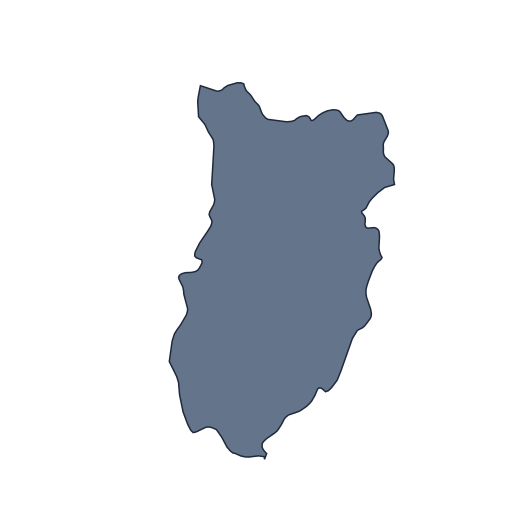 the County of Kilkenny, rotated 29°
{"feature_id": "IRL-722", "entity_name": "Kilkenny", "entity_type": "County", "adm_level": 1, "iso_a3": "IRL", "parent_name": "Ireland", "parent_adm1": "", "projection": "mercator", "projection_center": [-7.22, 52.568], "detail": "fine", "context": "isolated", "style": "filled", "palette": "slate", "viewbox_px": 512, "rotation_deg": 29, "n_neighbors": 0, "source": "natural_earth", "source_scale": "10m", "svg_char_len": 2857}
<svg xmlns="http://www.w3.org/2000/svg" viewBox="0 0 512 512"><g transform="rotate(29 256 256)"><path d="M361.1,423.6L362.0,429.7L360.5,427.5L355.1,429.6L347.2,435.3L343.9,437.0L339.9,438.2L333.2,438.8L331.2,439.5L327.9,438.9L323.3,437.2L313.9,431.1L305.5,427.0L301.0,427.4L298.3,428.1L296.2,429.3L294.9,430.5L289.3,438.4L288.1,439.7L286.6,440.9L283.4,440.0L278.1,436.5L267.8,427.7L256.4,414.4L249.5,404.1L245.0,399.8L231.3,390.3L223.9,371.0L222.4,363.5L222.7,358.6L223.4,352.8L223.7,341.5L222.9,337.9L221.8,335.3L211.5,324.5L209.4,321.4L207.0,318.5L200.3,313.9L198.6,312.1L198.4,310.2L199.0,308.5L200.1,307.0L202.5,304.7L207.7,301.5L210.5,299.0L211.4,297.6L212.0,296.3L212.2,294.9L212.3,293.1L212.2,288.7L211.5,286.8L210.2,285.7L204.7,286.5L202.4,285.7L201.4,283.8L200.8,281.5L200.4,271.9L201.7,257.9L202.0,252.1L201.5,249.0L200.5,246.7L196.9,244.2L194.9,242.5L194.1,239.8L194.1,231.6L193.4,228.8L192.6,226.7L182.6,215.0L166.1,180.6L163.8,177.1L162.6,175.6L161.2,174.4L154.2,170.6L148.0,166.0L146.1,165.1L138.3,162.1L130.2,149.3L128.5,145.3L124.8,134.0L142.2,130.7L144.1,129.2L145.7,127.4L146.6,124.3L148.6,120.6L155.6,113.6L159.2,111.7L161.9,111.4L163.1,112.8L165.0,114.4L167.5,116.2L173.2,117.8L180.1,121.4L185.0,122.8L186.5,123.6L191.1,127.6L193.3,129.1L197.5,130.6L200.2,130.7L217.9,123.7L221.8,121.0L224.1,118.6L224.8,116.5L226.1,114.1L228.1,111.7L232.1,108.7L234.7,108.6L236.6,109.4L238.6,110.8L239.8,110.0L240.7,108.5L242.7,102.6L244.6,99.0L246.1,96.9L248.1,94.4L252.2,90.9L255.1,89.5L257.6,88.8L259.7,89.2L265.9,92.3L269.8,93.3L272.2,92.8L273.8,91.7L274.8,89.8L275.8,85.4L276.3,83.5L291.6,72.0L294.8,71.1L297.2,71.4L298.9,72.4L310.7,82.2L311.9,83.7L312.5,85.5L312.8,87.7L312.6,92.6L312.7,95.0L313.3,96.9L315.4,100.3L317.1,103.6L318.6,105.3L320.7,106.8L331.1,109.2L332.8,110.3L334.0,111.7L335.1,113.4L336.7,116.8L337.5,118.6L339.2,122.3L342.5,126.3L335.3,133.7L331.9,141.4L329.6,149.2L328.8,153.7L329.0,160.8L328.1,163.1L326.7,165.8L327.5,166.9L331.3,168.4L333.0,169.7L334.4,171.9L335.8,175.4L337.5,177.2L339.4,177.7L341.0,177.0L345.7,173.8L347.5,173.4L349.5,173.6L351.3,174.5L353.0,176.6L354.8,179.5L359.4,189.0L359.7,189.6L362.2,192.6L365.1,195.1L366.9,196.1L367.1,197.3L366.8,198.8L365.8,201.3L365.1,203.6L364.8,207.6L365.0,212.9L366.5,223.5L367.5,228.6L368.5,232.1L370.4,235.5L372.6,238.4L382.2,247.1L384.9,250.5L386.0,253.1L386.2,255.6L385.2,262.9L384.7,265.2L383.9,267.2L380.7,271.9L380.3,281.5L386.0,315.4L387.2,325.3L385.9,334.6L384.5,338.9L382.6,341.0L378.8,340.1L376.9,340.0L374.8,341.1L374.4,342.8L375.1,349.2L375.0,355.9L374.2,359.7L373.1,363.0L370.1,369.1L368.9,371.1L361.4,379.4L360.2,382.5L359.7,385.2L359.9,388.0L359.9,391.4L359.6,396.4L359.2,399.0L358.2,401.7L353.8,410.6L352.7,414.0L352.3,416.8L353.1,418.6L354.1,420.3L355.4,421.3L357.6,422.5L359.8,423.3L361.1,423.6Z" fill="#64748b" stroke="#1e293b" stroke-width="1.5"/></g></svg>